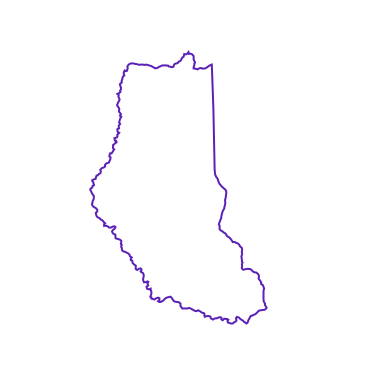 outline of Santa Maria da Vitória, Bahia, Brazil, rotated 45°
{"feature_id": "56859067B38295503968792", "entity_name": "Santa Maria da Vitória", "entity_type": "district", "adm_level": 2, "iso_a3": "BRA", "parent_name": "Brazil", "parent_adm1": "Bahia", "projection": "robinson", "projection_center": [-44.363, -13.186], "detail": "fine", "context": "isolated", "style": "outline", "palette": "violet", "viewbox_px": 384, "rotation_deg": 45, "n_neighbors": 0, "source": "geoboundaries", "source_scale": "gbopen_adm2", "svg_char_len": 5724}
<svg xmlns="http://www.w3.org/2000/svg" viewBox="0 0 384 384"><g transform="rotate(45 192 192)"><path d="M115.9,87.9L115.0,90.1L114.7,91.6L114.5,92.9L114.3,94.3L113.8,95.5L112.8,96.7L111.8,97.6L110.7,97.9L109.6,99.6L109.0,101.6L107.8,102.1L106.8,102.6L105.8,103.5L104.9,102.7L104.4,101.6L103.8,100.5L102.9,99.5L102.6,98.3L100.4,97.5L99.0,96.8L98.0,95.6L96.8,94.7L94.6,94.6L93.0,95.4L92.1,96.5L90.6,95.6L90.8,97.9L90.2,99.2L89.0,100.0L89.8,101.2L90.4,102.4L90.1,103.7L90.4,105.1L91.0,106.3L91.0,108.0L90.4,109.3L90.7,110.8L90.0,112.3L89.2,113.6L89.5,115.1L90.3,116.5L89.7,117.8L88.3,118.6L86.9,119.6L85.5,119.6L84.7,120.6L83.6,121.2L82.5,122.5L81.3,123.8L80.8,125.6L80.1,126.8L80.0,128.2L79.3,129.6L78.3,130.7L77.1,130.9L75.6,131.4L74.2,131.7L73.0,132.3L71.5,133.2L69.8,134.1L68.4,135.8L66.7,137.1L65.6,138.3L64.5,139.6L62.9,140.4L61.4,141.5L59.7,142.5L58.2,143.9L57.3,145.6L57.2,147.5L57.5,148.9L59.0,149.9L59.6,151.1L60.3,152.2L59.7,153.4L58.5,153.6L59.0,155.4L60.4,156.9L61.7,157.4L61.6,159.1L62.0,160.3L63.0,161.6L63.8,163.4L64.9,164.2L64.7,166.7L66.5,167.8L68.1,168.5L69.3,169.9L69.5,171.3L70.7,171.9L70.5,173.3L69.9,175.4L71.6,175.2L72.5,176.6L74.1,177.2L75.3,177.7L76.1,179.2L76.4,181.0L77.0,182.0L77.4,183.3L78.4,184.0L80.1,184.0L82.0,184.8L82.7,185.9L83.6,186.8L85.4,187.0L86.7,187.2L87.1,189.0L88.7,188.7L89.3,190.8L90.3,192.7L91.3,194.4L93.1,194.7L93.2,196.6L93.9,197.6L95.4,198.6L94.8,200.3L95.8,201.3L97.3,202.2L98.6,201.6L98.8,202.9L98.7,204.4L99.9,205.3L100.3,206.4L99.7,207.7L99.1,208.8L100.1,209.4L101.1,210.2L102.3,209.5L103.5,210.2L103.2,211.6L103.2,212.9L103.0,214.6L104.1,215.8L105.3,216.9L106.8,216.9L107.2,218.7L107.5,219.9L107.8,221.5L106.8,222.4L107.4,223.9L108.4,225.3L109.9,225.1L111.0,226.4L111.7,228.2L112.4,230.1L111.3,232.1L111.3,234.3L112.5,235.4L112.4,236.7L111.4,238.8L111.5,241.3L113.1,242.0L114.0,243.6L113.4,245.2L113.6,246.9L112.9,247.8L113.5,249.2L114.6,250.9L113.5,252.8L113.1,254.2L114.0,254.9L115.2,254.9L116.6,255.7L117.9,256.5L117.4,258.0L118.3,259.5L117.9,261.5L118.7,262.5L120.2,262.9L121.3,263.3L122.4,263.7L123.8,264.0L125.3,264.2L126.7,265.5L127.6,266.7L128.2,268.7L129.4,270.3L130.0,271.5L131.7,272.1L133.4,272.0L134.8,271.5L136.2,271.4L137.7,271.6L138.8,272.8L138.7,274.7L140.0,275.7L141.9,276.6L143.2,276.6L144.8,275.9L147.1,275.9L148.8,275.4L150.0,275.5L151.2,275.7L152.6,275.5L152.6,276.9L153.9,278.1L155.0,276.6L156.8,275.9L158.4,275.8L159.7,274.7L160.2,273.5L160.6,272.0L161.6,271.0L162.7,270.9L163.3,272.6L163.1,273.9L162.9,275.2L163.5,276.6L165.1,277.1L166.6,276.9L167.9,276.3L169.1,277.4L170.6,278.7L172.1,278.1L173.5,277.2L175.1,276.6L176.5,276.5L177.6,277.7L178.5,279.1L179.8,279.1L180.6,280.8L182.2,281.3L183.0,282.2L184.5,282.8L185.6,282.4L187.0,281.6L189.2,280.9L190.5,280.5L192.1,280.5L193.4,281.3L195.7,280.9L195.8,282.3L196.9,283.4L198.3,282.8L200.3,284.2L202.4,284.2L204.3,283.8L205.4,285.0L206.7,286.2L208.4,285.9L208.8,283.6L209.7,282.4L210.8,282.3L211.6,283.1L211.8,284.5L213.0,284.5L214.3,284.0L215.6,284.3L216.9,285.1L217.8,286.3L218.9,288.1L220.4,289.2L221.9,289.8L223.1,288.4L223.6,286.8L224.7,286.5L224.9,288.0L227.1,289.0L226.7,291.0L228.5,292.2L230.5,291.2L231.1,289.6L232.2,290.5L233.9,291.3L235.0,292.4L235.8,293.8L236.6,295.6L237.8,295.2L238.7,296.1L240.3,295.2L241.6,294.4L241.8,292.6L242.7,290.7L243.9,290.1L245.3,291.3L245.2,293.2L246.7,292.9L247.5,292.1L248.0,290.7L248.4,289.4L248.4,288.0L248.4,285.9L248.9,284.4L249.8,282.8L250.9,281.2L252.3,281.2L254.3,281.6L256.2,282.0L257.6,281.5L259.0,280.5L260.1,279.6L261.1,279.1L262.8,279.1L264.4,280.7L265.7,280.9L267.4,281.3L268.7,280.0L269.7,278.9L271.1,277.8L271.8,276.0L273.2,275.5L274.5,275.0L275.7,274.7L277.2,274.3L278.3,273.9L279.4,273.1L280.0,271.3L281.5,270.8L283.0,270.5L284.6,270.2L285.9,269.3L287.0,269.3L288.2,270.8L289.4,271.1L290.1,269.4L291.2,268.1L293.0,267.1L294.7,268.0L295.8,267.7L297.1,267.3L297.5,265.3L298.9,263.7L299.6,261.7L300.6,260.5L301.8,260.1L302.8,261.3L304.4,261.0L304.4,258.8L305.5,258.0L306.5,257.0L308.1,256.7L308.2,258.0L309.4,258.9L311.2,258.2L312.7,257.3L313.8,256.1L314.0,253.9L314.5,252.5L314.2,251.2L312.4,250.3L312.1,248.6L313.8,247.6L315.7,247.6L317.3,247.4L319.0,246.9L320.5,247.0L322.1,246.6L323.4,246.6L323.7,245.1L323.0,243.7L322.4,242.6L322.2,241.4L321.7,240.0L321.2,238.3L322.0,236.8L322.4,235.4L323.1,233.8L323.3,232.1L323.2,230.3L323.2,228.6L324.4,226.8L325.5,225.3L326.4,224.3L326.8,222.8L326.6,221.1L325.3,220.7L323.4,220.3L322.6,219.3L321.4,219.0L320.2,218.7L318.7,217.5L317.7,216.6L312.2,211.0L311.2,209.2L309.2,208.3L307.7,207.7L306.0,208.2L304.8,207.0L303.4,206.6L302.2,206.4L300.4,206.2L299.1,204.4L297.7,203.5L295.9,203.3L294.2,203.6L293.3,204.4L291.9,205.0L290.3,205.1L289.0,205.1L287.8,205.2L286.9,206.0L285.7,206.9L284.1,209.2L283.3,210.7L282.2,210.9L280.7,210.4L279.7,208.8L278.2,207.7L277.6,206.1L276.4,205.9L275.5,204.8L274.5,204.2L273.5,203.3L272.5,202.7L271.9,201.5L271.3,200.4L269.5,199.1L268.2,197.2L266.7,196.3L264.9,196.5L263.8,196.3L262.7,195.9L261.4,195.9L260.0,196.3L258.7,196.9L257.5,197.1L256.3,198.6L254.3,198.1L252.3,197.8L250.9,197.7L249.7,198.0L248.5,198.3L247.4,198.4L246.0,197.8L244.6,197.8L243.4,198.1L242.2,198.3L240.8,198.4L239.1,199.0L237.5,198.6L236.5,197.4L235.6,196.5L233.9,195.9L233.3,194.9L232.6,193.2L231.7,191.5L231.4,190.3L230.4,189.0L229.5,187.8L228.6,186.2L227.8,184.9L227.0,183.1L226.5,181.0L225.4,179.5L224.3,177.5L223.4,176.4L222.4,175.3L221.1,174.5L220.5,173.3L219.5,171.7L218.3,170.3L217.2,168.7L215.8,167.3L214.3,166.8L212.7,166.8L211.5,167.0L210.3,166.9L208.9,167.1L207.8,166.9L206.5,166.9L204.9,166.5L202.8,165.7L201.2,164.7L199.7,164.3L198.6,164.3L197.5,163.8L196.3,163.4L195.0,162.5L192.1,160.1L186.6,154.8L147.6,117.4L115.9,87.9Z" fill="none" stroke="#5b21b6" stroke-width="2"/></g></svg>